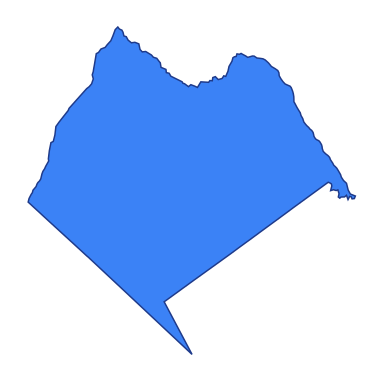 outline of Aldeias Altas, Maranhão, Brazil, rotated 182°
{"feature_id": "56859067B78587835944607", "entity_name": "Aldeias Altas", "entity_type": "district", "adm_level": 2, "iso_a3": "BRA", "parent_name": "Brazil", "parent_adm1": "Maranhão", "projection": "equal_earth", "projection_center": [-43.461, -4.47], "detail": "fine", "context": "isolated", "style": "filled", "palette": "blue", "viewbox_px": 384, "rotation_deg": 182, "n_neighbors": 0, "source": "geoboundaries", "source_scale": "gbopen_adm2", "svg_char_len": 2449}
<svg xmlns="http://www.w3.org/2000/svg" viewBox="0 0 384 384"><g transform="rotate(182 192 192)"><path d="M186.3,29.7L216.0,81.3L191.9,100.1L187.3,103.7L151.5,131.4L143.6,137.7L129.2,149.0L123.4,153.6L101.7,170.7L89.9,180.1L56.2,206.5L54.6,205.9L53.0,205.0L52.5,203.0L53.5,198.2L50.7,199.2L48.0,198.5L46.3,199.2L45.0,195.4L45.6,192.1L44.1,191.0L42.8,192.2L39.4,192.4L37.5,194.1L35.8,189.9L34.3,193.1L32.8,192.8L31.8,190.7L29.5,191.1L28.6,193.7L31.2,194.6L33.7,195.5L36.0,199.4L37.9,206.1L41.0,208.8L43.3,212.1L44.1,214.5L46.2,217.9L48.1,220.8L49.6,222.3L51.2,223.6L52.4,225.8L53.4,227.2L54.7,229.0L55.7,231.4L57.2,233.0L58.7,234.1L60.0,235.0L62.3,237.2L63.3,240.0L63.6,241.9L64.2,243.8L65.9,246.5L67.1,247.7L68.6,248.3L70.4,249.4L72.0,251.8L72.5,253.8L73.1,255.8L74.5,257.7L76.3,259.0L77.6,260.6L79.5,262.2L80.9,263.7L82.7,265.9L83.9,269.3L85.7,272.2L86.6,275.0L88.5,277.8L90.1,280.3L91.9,283.5L93.3,285.8L93.4,288.1L93.6,290.9L94.2,293.9L95.0,296.4L96.5,299.8L97.7,301.2L99.8,302.0L102.7,303.2L105.0,305.5L107.2,308.4L108.9,311.2L109.3,314.2L110.5,316.4L113.3,318.2L117.0,320.2L120.1,323.7L123.4,326.5L125.7,327.6L128.2,327.9L131.8,328.2L134.7,330.0L136.4,330.0L141.0,328.5L143.0,329.8L146.1,331.3L147.8,332.2L149.4,331.3L151.9,331.6L152.6,329.0L154.4,328.6L155.8,327.6L156.6,324.1L159.4,318.8L160.3,313.8L161.3,311.4L162.3,308.7L164.3,309.2L165.9,306.5L169.7,305.3L172.7,308.1L175.2,307.1L175.6,303.9L178.0,304.0L179.2,302.2L183.1,302.3L187.0,302.4L190.2,296.7L193.0,297.9L196.9,299.2L199.2,297.2L203.3,300.0L204.8,300.3L205.7,301.8L217.2,307.0L219.0,309.9L221.8,310.4L222.3,313.6L227.3,315.5L228.2,320.0L229.3,321.2L231.9,324.4L235.3,325.3L237.3,327.5L243.2,330.8L246.6,330.3L248.9,332.6L250.3,338.2L254.3,339.6L257.8,339.0L261.2,341.6L263.1,344.9L265.5,345.6L266.5,349.2L267.7,351.3L270.2,352.3L271.9,354.3L274.4,351.6L276.5,345.2L278.4,340.3L281.9,336.2L283.8,333.5L288.0,331.7L290.3,328.2L292.5,326.9L294.1,314.8L294.5,312.2L294.9,308.8L295.8,305.6L294.6,301.6L295.4,299.0L296.1,296.6L298.4,293.7L300.9,291.6L317.8,271.3L318.6,269.1L327.1,257.5L330.3,252.7L331.0,244.2L332.4,237.7L334.7,236.4L336.0,228.3L336.7,220.1L336.3,218.0L339.2,212.4L340.1,210.1L341.7,207.5L342.6,204.8L343.6,199.8L344.8,197.7L346.3,196.1L347.2,194.5L348.0,192.0L351.0,188.2L351.5,185.8L352.6,184.1L354.6,179.9L355.4,176.2L333.5,157.4L305.5,133.5L294.9,124.4L293.2,123.1L291.2,121.3L258.5,92.8L186.3,29.7Z" fill="#3b82f6" stroke="#1e3a8a" stroke-width="1.5"/></g></svg>